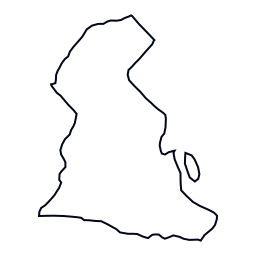 Sundsvall, Västernorrland, Sweden
{"feature_id": "70781695B99117995283452", "entity_name": "Sundsvall", "entity_type": "district", "adm_level": 2, "iso_a3": "SWE", "parent_name": "Sweden", "parent_adm1": "Västernorrland", "projection": "orthographic", "projection_center": [16.938, 62.56], "detail": "fine", "context": "isolated", "style": "outline", "palette": "ink", "viewbox_px": 256, "rotation_deg": 0, "n_neighbors": 0, "source": "geoboundaries", "source_scale": "gbopen_adm2", "svg_char_len": 1834}
<svg xmlns="http://www.w3.org/2000/svg" viewBox="0 0 256 256"><path d="M71.7,49.2L69.9,51.6L68.1,56.5L65.0,58.9L62.9,61.6L61.2,64.2L59.6,67.6L57.5,71.2L56.1,75.0L55.9,79.7L55.4,83.1L51.9,84.3L51.1,84.3L51.5,85.7L56.8,92.8L60.5,95.6L68.2,104.7L73.9,110.5L76.6,113.9L75.9,117.6L74.9,122.7L73.5,126.1L71.1,130.1L69.7,134.5L64.9,139.3L62.2,144.3L60.4,150.1L61.1,154.5L63.8,159.0L65.4,162.4L65.4,167.1L61.6,171.2L59.6,173.9L59.2,179.7L61.2,182.5L59.1,187.9L56.4,192.0L54.6,195.0L49.8,200.5L45.3,205.2L41.2,207.9L39.4,211.7L39.0,216.0L47.3,215.8L53.4,215.7L63.3,216.0L72.0,216.7L77.1,217.2L81.2,217.8L84.1,220.1L89.3,220.3L95.9,221.0L101.2,221.2L108.0,224.5L111.5,226.5L116.3,229.1L120.0,232.4L128.0,233.8L133.0,233.8L137.2,234.0L142.9,236.6L148.0,238.1L152.3,234.8L155.4,234.4L158.9,234.6L162.2,237.4L164.9,238.7L169.1,237.2L173.4,235.4L179.6,236.9L183.8,238.8L189.3,239.9L198.1,239.6L200.7,240.6L204.4,235.2L207.4,232.7L212.4,228.5L215.1,224.8L216.8,219.2L217.0,215.6L213.9,212.6L208.6,209.8L199.6,205.8L192.9,201.9L186.2,195.6L181.2,190.3L180.6,182.8L180.5,173.1L177.1,165.4L174.6,159.1L173.5,152.7L174.6,150.7L172.4,151.2L168.5,152.3L165.1,154.5L161.9,153.6L160.9,151.2L159.7,145.9L160.0,142.6L161.5,136.9L164.3,133.4L165.5,127.3L165.9,118.8L165.3,114.8L162.9,112.6L157.8,109.0L154.4,106.1L151.4,103.1L146.0,98.4L140.3,91.8L134.5,86.1L129.1,80.2L127.7,74.9L128.5,70.0L131.8,66.9L135.0,63.2L139.1,59.2L145.4,51.9L152.3,44.2L154.0,40.2L154.3,40.0L149.2,34.6L139.2,24.3L132.1,16.0L131.0,15.4L129.1,16.4L124.5,18.1L121.1,20.0L116.6,20.7L110.7,20.5L107.4,21.5L103.3,23.9L98.2,23.9L92.0,25.6L86.8,29.3L82.3,36.7L78.5,41.1L73.5,46.8L71.7,49.2ZM185.1,157.6L184.9,163.6L188.1,173.0L189.7,177.4L194.8,181.5L198.2,178.9L199.4,174.2L198.1,167.3L194.6,159.4L191.7,155.4L185.4,152.9L185.1,157.6Z" fill="none" stroke="#020617" stroke-width="2"/></svg>